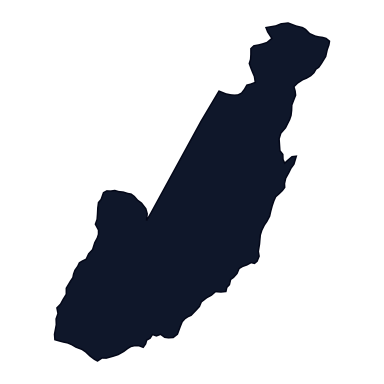 the district of Bento de Abreu, São Paulo, Brazil
{"feature_id": "56859067B44589944496039", "entity_name": "Bento de Abreu", "entity_type": "district", "adm_level": 2, "iso_a3": "BRA", "parent_name": "Brazil", "parent_adm1": "São Paulo", "projection": "robinson", "projection_center": [-50.853, -21.315], "detail": "fine", "context": "isolated", "style": "filled", "palette": "ink", "viewbox_px": 384, "rotation_deg": 0, "n_neighbors": 0, "source": "geoboundaries", "source_scale": "gbopen_adm2", "svg_char_len": 2330}
<svg xmlns="http://www.w3.org/2000/svg" viewBox="0 0 384 384"><path d="M329.5,41.2L326.0,38.4L322.5,37.4L318.7,36.9L315.2,36.1L309.6,33.6L305.5,29.4L302.5,27.6L296.0,26.0L291.8,24.4L288.1,23.0L284.8,23.4L281.1,23.8L275.9,25.9L266.0,27.6L267.7,31.9L271.9,38.4L267.0,42.5L262.7,43.9L258.9,44.9L253.9,45.8L250.9,48.6L250.9,54.5L250.6,59.3L249.3,63.5L251.1,68.5L252.8,72.7L254.4,76.4L255.3,82.4L250.6,84.2L246.9,85.1L244.5,89.3L241.6,93.1L238.1,94.9L234.7,95.2L230.8,94.9L225.9,93.9L219.0,91.1L201.1,121.2L150.8,213.3L146.5,220.7L147.2,213.7L145.8,208.7L141.5,203.1L137.5,200.2L134.3,196.5L131.1,194.1L127.8,193.5L123.3,192.1L118.6,191.6L114.8,190.5L110.6,191.1L106.8,190.9L103.5,192.7L101.1,199.5L98.5,202.5L97.8,207.9L97.5,214.1L97.1,219.4L95.4,224.2L98.5,230.0L98.5,234.3L97.3,238.0L94.8,242.6L92.6,249.6L88.7,253.8L86.2,259.2L82.4,261.0L79.4,262.8L77.7,266.4L75.0,270.2L73.6,274.0L72.9,277.6L70.4,281.3L68.5,284.5L66.3,288.2L66.3,294.3L63.2,299.3L60.6,304.1L56.9,307.9L58.0,313.5L56.1,318.9L56.3,324.7L55.3,330.1L54.5,334.3L54.9,339.7L59.5,341.0L63.3,342.0L67.6,342.9L71.7,344.6L75.9,347.1L82.0,349.4L85.7,351.9L90.0,356.0L94.4,359.3L97.5,361.0L102.0,358.0L106.3,358.1L113.1,356.2L118.1,354.6L123.8,351.4L127.6,348.5L130.9,346.5L134.4,345.7L138.9,345.7L143.2,347.3L145.6,343.9L146.7,340.1L150.0,338.3L152.5,334.5L156.4,335.9L160.6,334.3L164.7,337.3L168.5,337.8L173.2,337.5L177.4,334.2L180.4,326.1L182.2,321.7L184.9,318.7L187.9,316.7L191.1,315.3L196.3,309.9L199.4,306.5L201.3,301.9L206.7,297.7L211.5,295.1L215.5,291.6L220.9,292.0L225.9,291.5L226.8,287.4L229.4,284.7L230.6,279.5L233.6,277.3L237.0,273.5L239.1,268.5L242.6,266.4L246.9,264.9L251.1,262.6L254.5,263.4L257.1,261.2L259.1,256.2L258.3,251.4L259.5,244.0L259.9,239.3L260.3,235.0L261.8,230.2L264.3,225.1L266.9,221.3L269.6,216.2L270.7,211.3L272.2,205.7L273.9,200.7L275.7,196.7L279.1,193.7L282.4,190.5L284.7,187.4L284.5,183.5L285.7,178.2L288.7,172.8L290.9,168.3L293.9,164.2L296.3,156.2L292.0,156.7L287.1,160.9L284.7,163.2L283.0,159.5L282.8,154.4L279.9,150.7L279.1,138.8L280.8,133.2L285.5,127.8L289.6,119.6L291.0,115.5L291.6,110.5L291.8,105.0L293.6,100.3L295.6,95.2L295.1,91.0L293.9,86.7L297.5,83.1L302.7,79.7L306.4,78.2L310.7,75.7L313.9,72.7L316.0,69.1L318.7,67.3L321.3,63.6L325.7,56.4L327.2,49.7L328.9,44.9L329.5,41.2Z" fill="#0f172a" stroke="#020617" stroke-width="1.5"/></svg>